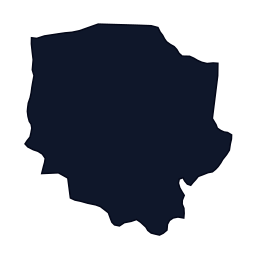 outline of Juazeiro do Norte, Ceará, Brazil, rotated 95°
{"feature_id": "56859067B35969232140200", "entity_name": "Juazeiro do Norte", "entity_type": "district", "adm_level": 2, "iso_a3": "BRA", "parent_name": "Brazil", "parent_adm1": "Ceará", "projection": "orthographic", "projection_center": [-39.273, -7.179], "detail": "fine", "context": "isolated", "style": "filled", "palette": "ink", "viewbox_px": 256, "rotation_deg": 95, "n_neighbors": 0, "source": "geoboundaries", "source_scale": "gbopen_adm2", "svg_char_len": 1583}
<svg xmlns="http://www.w3.org/2000/svg" viewBox="0 0 256 256"><g transform="rotate(95 128 128)"><path d="M152.8,229.2L155.6,226.1L157.9,220.4L159.0,215.8L161.4,211.1L165.4,207.8L169.7,208.1L173.4,208.8L177.2,209.4L180.9,210.0L178.7,193.4L181.3,187.6L183.1,183.6L202.7,179.3L204.4,174.6L205.1,168.7L206.4,161.8L207.4,153.4L208.7,148.6L214.1,140.2L219.9,137.5L223.3,135.8L225.7,133.0L226.3,128.0L222.6,123.4L220.7,116.7L218.4,111.5L220.7,107.3L225.1,101.6L228.3,99.3L230.6,95.8L231.2,92.3L231.9,87.3L229.7,83.7L226.3,80.3L220.5,80.3L216.5,78.6L213.7,75.2L212.3,70.5L212.8,64.6L208.3,64.6L203.1,65.3L199.1,67.4L195.2,67.6L190.2,66.1L186.6,68.8L183.1,71.2L178.5,73.0L174.4,72.5L172.7,68.9L175.8,66.9L178.7,64.0L179.6,60.5L176.6,58.5L173.8,56.3L170.1,53.8L168.4,50.2L165.5,44.4L164.3,40.1L161.5,37.2L158.6,34.9L154.5,32.5L151.2,31.0L145.7,27.4L141.2,25.1L135.0,24.7L130.0,24.0L125.8,24.2L123.8,28.4L123.6,31.9L122.4,35.4L120.4,39.0L117.0,40.6L111.2,44.8L68.1,43.2L55.7,44.1L55.8,48.9L56.9,54.9L56.1,60.2L54.6,64.6L52.7,68.6L51.2,72.9L51.7,80.3L49.1,83.7L45.6,86.2L43.0,89.0L40.9,93.5L38.7,97.1L36.0,99.4L32.6,101.6L29.5,104.4L25.3,106.9L24.1,113.8L24.9,129.6L26.3,153.2L27.1,166.8L35.3,184.8L37.5,192.1L38.7,198.9L40.2,205.3L43.6,219.3L46.7,226.7L46.5,232.0L52.6,231.6L56.1,230.9L60.2,230.1L64.0,229.3L68.3,228.4L72.8,228.4L78.4,228.4L84.0,226.2L91.2,226.9L96.0,227.3L101.1,227.5L106.3,228.1L111.9,229.5L116.6,229.7L120.2,229.7L125.3,228.6L130.0,226.9L132.7,224.8L136.5,223.8L141.0,224.2L145.5,224.8L149.6,227.5L152.8,229.2Z" fill="#0f172a" stroke="#020617" stroke-width="1.5"/></g></svg>